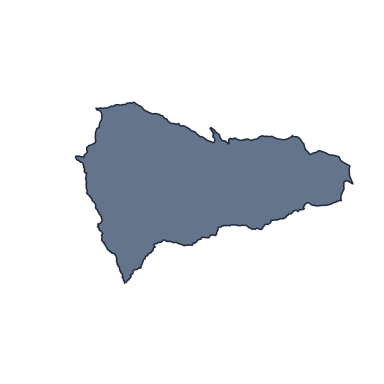 the district of Bolivar, Carchi, Ecuador, rotated 305°
{"feature_id": "8360857B4480682421183", "entity_name": "Bolivar", "entity_type": "district", "adm_level": 2, "iso_a3": "ECU", "parent_name": "Ecuador", "parent_adm1": "Carchi", "projection": "equal_earth", "projection_center": [-77.936, 0.473], "detail": "fine", "context": "isolated", "style": "filled", "palette": "slate", "viewbox_px": 384, "rotation_deg": 305, "n_neighbors": 0, "source": "geoboundaries", "source_scale": "gbopen_adm2", "svg_char_len": 6018}
<svg xmlns="http://www.w3.org/2000/svg" viewBox="0 0 384 384"><g transform="rotate(305 192 192)"><path d="M295.8,242.0L293.0,241.3L290.2,239.7L287.3,237.1L284.6,231.6L283.7,228.0L283.5,225.8L282.1,223.8L281.1,222.9L280.7,221.3L279.4,220.0L278.2,217.1L275.6,215.5L274.5,215.5L272.2,214.5L271.2,213.2L268.1,210.9L267.6,208.2L266.4,205.9L265.8,205.5L265.3,205.5L264.2,203.9L263.4,203.7L262.3,202.5L261.6,200.7L261.0,198.4L261.0,196.4L260.1,195.5L259.2,195.4L258.3,194.1L258.1,192.9L257.4,192.8L257.1,192.1L256.2,192.0L254.9,192.6L253.4,194.4L252.2,194.1L252.9,191.3L252.7,189.4L252.2,188.9L251.5,187.0L252.1,185.0L252.9,184.0L253.1,183.3L254.5,181.8L254.9,176.8L255.7,174.5L255.5,172.6L255.6,170.5L254.6,170.3L254.1,171.8L253.3,172.9L253.1,174.5L252.5,175.1L252.9,175.6L252.9,176.0L252.2,176.5L251.3,176.3L250.5,176.9L249.8,176.9L249.2,177.6L248.9,179.3L247.7,180.9L247.0,181.4L245.6,181.5L244.4,180.9L244.3,179.2L243.1,175.2L243.0,173.6L243.3,172.4L243.1,169.4L242.6,167.7L242.0,166.9L242.2,163.1L243.0,160.4L241.7,155.4L242.3,153.5L241.8,150.1L241.9,148.7L241.1,146.6L240.0,145.4L239.7,144.8L239.7,142.9L240.2,142.5L240.3,141.7L239.8,141.7L239.6,141.2L239.1,140.8L237.9,138.8L237.4,137.3L236.1,135.4L235.9,134.0L236.4,133.1L236.2,131.7L237.2,129.7L237.2,128.8L236.6,128.2L236.5,127.2L236.8,126.0L237.5,124.6L237.5,124.0L236.9,122.7L236.7,120.4L235.5,117.4L233.2,114.5L231.9,107.6L231.8,105.3L232.4,103.5L232.8,100.9L232.2,98.2L232.3,96.3L232.0,95.7L232.3,94.1L232.2,93.0L231.6,92.4L230.0,91.6L229.7,90.2L228.5,89.2L227.4,87.7L225.5,87.4L224.3,85.5L221.9,83.4L221.2,81.5L220.0,79.7L219.3,79.2L217.8,79.0L217.1,78.3L216.1,76.6L211.9,74.3L211.3,72.9L210.4,71.9L209.5,71.4L208.7,69.3L206.4,67.0L205.3,64.9L205.3,66.1L204.7,67.4L205.6,68.7L205.7,70.5L205.0,72.1L204.1,73.3L201.6,75.3L198.5,76.7L197.4,76.6L195.0,77.1L193.4,77.7L191.7,79.0L189.7,77.8L189.1,77.7L184.9,79.1L180.0,82.4L178.8,83.9L176.7,84.4L172.7,82.4L171.7,81.7L171.1,80.9L170.3,81.0L168.6,80.3L167.5,80.6L165.8,81.7L165.4,82.7L164.9,83.3L163.6,83.4L160.7,82.6L159.4,82.9L158.8,83.4L158.7,82.9L158.0,82.6L157.7,81.5L157.1,81.0L157.0,79.5L156.3,78.5L155.7,78.3L155.6,77.6L155.1,76.6L154.0,76.4L152.9,77.9L152.4,79.5L152.5,80.3L153.0,81.3L152.4,83.4L153.1,84.2L153.0,85.5L152.5,87.2L151.7,87.5L150.7,89.0L150.1,89.0L149.8,90.0L149.1,91.1L148.3,91.1L147.7,91.8L146.9,92.0L146.4,93.3L147.1,94.4L146.9,95.0L145.5,95.4L143.1,96.9L142.0,97.0L141.4,98.1L140.3,98.9L139.3,100.4L137.8,100.5L137.1,101.1L136.4,102.3L135.5,102.4L135.1,103.0L134.3,103.3L133.4,105.0L131.2,106.4L130.5,106.4L130.3,109.0L129.8,110.5L129.9,111.5L129.3,112.0L128.9,114.2L128.0,114.6L127.5,116.3L127.7,117.3L127.0,118.4L126.9,119.7L125.8,120.9L123.7,122.0L123.3,122.8L123.0,124.9L121.9,126.3L121.4,128.0L120.7,128.5L120.7,129.9L120.0,130.7L119.8,131.8L118.3,133.2L117.4,134.6L116.5,134.9L114.0,134.9L112.9,134.4L112.1,133.4L111.6,133.4L110.6,134.8L109.4,134.6L109.2,135.3L109.4,135.9L109.2,136.5L108.0,137.1L107.5,138.6L107.8,139.7L107.7,140.5L106.6,142.8L104.7,142.6L103.4,144.3L100.8,145.5L100.5,146.7L99.9,147.4L100.1,148.9L99.3,149.6L99.6,150.0L99.5,150.4L98.6,151.5L97.3,154.7L96.5,155.4L96.6,157.0L96.1,158.8L96.6,159.9L96.0,160.6L96.0,161.2L96.1,161.8L96.7,162.5L96.9,164.3L96.4,165.0L96.1,166.6L94.9,167.6L94.7,168.4L94.3,168.9L93.1,168.9L92.7,169.7L91.8,170.1L91.3,170.7L91.0,171.8L90.1,171.9L89.9,172.4L90.0,173.1L89.0,173.8L88.9,175.0L88.3,176.1L87.1,176.9L86.7,178.0L85.9,178.4L85.8,179.6L85.3,179.8L85.0,180.7L85.1,182.1L84.0,182.6L82.8,183.7L82.1,183.7L81.7,185.5L80.4,186.3L80.2,187.5L79.6,187.9L78.9,189.0L80.8,190.0L82.4,189.5L84.0,190.7L85.1,190.2L86.1,190.7L87.7,190.7L88.1,190.4L88.6,189.2L89.1,189.2L91.0,190.4L93.4,189.2L94.9,189.3L95.9,189.9L96.9,191.3L99.1,191.9L99.6,193.0L100.5,193.6L101.0,193.6L102.5,192.5L104.2,192.5L108.1,191.3L109.1,191.2L110.4,191.8L112.5,190.8L114.3,192.1L115.0,192.1L115.6,191.5L116.0,191.6L116.9,192.2L117.6,192.3L119.1,193.4L120.7,193.1L121.8,193.7L123.4,192.6L124.3,192.6L125.7,193.4L126.1,193.1L126.2,191.8L126.5,191.2L127.4,191.0L128.4,191.4L129.8,193.0L131.3,193.3L133.2,195.6L134.2,195.6L136.5,196.4L137.2,197.5L136.9,198.7L137.1,199.7L138.3,201.7L139.2,202.1L139.3,203.5L139.8,205.7L141.7,208.0L142.0,210.6L142.9,213.2L143.5,216.4L145.1,217.6L145.3,218.3L147.0,220.2L147.6,220.6L147.9,221.8L148.4,222.6L149.2,222.8L150.6,222.3L151.2,222.6L152.1,223.9L154.6,224.4L155.9,224.2L158.8,226.4L160.6,226.2L161.2,226.7L162.7,229.9L164.0,231.9L164.5,232.1L166.5,231.9L168.4,233.0L169.1,234.0L169.2,235.1L169.9,236.2L170.9,236.3L175.1,234.8L175.7,235.1L177.0,234.2L177.9,234.0L178.8,234.4L180.0,235.8L180.9,235.9L181.6,236.6L183.0,237.3L183.7,239.0L184.9,240.1L185.9,242.2L187.2,242.6L189.9,246.2L190.8,248.9L192.6,251.4L193.9,252.5L195.9,256.3L195.4,259.1L196.1,261.4L195.9,262.2L196.2,263.2L197.3,263.7L197.8,265.4L199.3,265.6L199.7,265.9L200.3,268.9L200.9,270.1L202.2,270.7L203.8,270.3L205.4,270.6L206.4,270.2L207.7,270.8L209.2,272.9L211.7,273.9L212.4,273.9L214.2,273.1L215.5,274.9L216.8,276.0L217.9,278.0L219.1,278.4L220.0,279.4L221.2,280.1L221.7,280.9L222.3,281.5L222.6,282.3L223.4,282.3L224.0,283.0L225.2,283.4L226.8,283.3L227.8,284.0L229.4,283.7L230.8,285.6L232.1,285.9L232.9,285.6L233.3,286.1L235.1,286.4L236.4,287.3L236.9,289.0L236.8,290.0L239.5,290.3L240.0,291.5L241.9,293.4L242.7,293.5L243.5,292.0L244.3,291.6L245.3,292.1L247.0,291.5L249.0,292.5L250.1,293.7L250.2,297.9L252.8,303.3L253.3,303.5L256.3,307.0L257.6,309.1L259.7,311.1L262.8,313.4L264.9,314.4L265.8,315.5L267.3,316.1L269.4,317.5L270.7,319.1L271.9,317.8L274.7,316.1L278.8,315.2L280.9,315.0L282.1,314.5L283.2,313.6L283.9,312.7L284.8,312.5L286.5,311.1L287.4,310.9L289.7,311.8L290.4,313.0L290.7,318.1L291.1,318.9L295.6,311.8L300.4,308.0L303.9,306.3L303.0,298.7L303.0,296.0L303.3,295.1L304.8,293.1L305.1,291.9L303.6,287.6L301.2,283.2L300.7,278.6L299.1,273.0L298.0,271.8L295.7,271.1L294.2,269.4L290.5,267.4L292.0,260.5L293.5,258.2L295.6,256.0L295.9,254.2L297.6,249.8L297.7,246.9L295.6,243.3L295.5,242.5L295.8,242.0Z" fill="#64748b" stroke="#1e293b" stroke-width="1.5"/></g></svg>